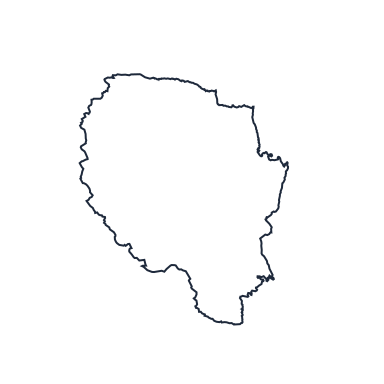 Sanqebethu, Mokhotlong, Lesotho (Equal Earth projection), rotated 154°
{"feature_id": "5366337B9113351497763", "entity_name": "Sanqebethu", "entity_type": "district", "adm_level": 2, "iso_a3": "LSO", "parent_name": "Lesotho", "parent_adm1": "Mokhotlong", "projection": "equal_earth", "projection_center": [29.193, -29.287], "detail": "fine", "context": "isolated", "style": "outline", "palette": "slate", "viewbox_px": 384, "rotation_deg": 154, "n_neighbors": 0, "source": "geoboundaries", "source_scale": "gbopen_adm2", "svg_char_len": 6027}
<svg xmlns="http://www.w3.org/2000/svg" viewBox="0 0 384 384"><g transform="rotate(154 192 192)"><path d="M207.3,330.4L209.4,330.3L211.9,331.7L212.6,331.0L212.3,328.8L212.9,329.0L214.2,330.3L216.1,330.9L217.4,331.8L220.9,331.8L221.4,331.5L221.6,330.3L221.4,328.8L219.5,325.0L220.2,324.0L220.2,323.0L222.2,322.3L223.8,319.7L225.1,320.7L226.4,320.0L227.4,320.5L228.1,319.9L229.5,320.1L230.0,317.7L231.8,316.3L233.5,316.0L239.4,318.9L240.6,318.6L241.9,319.0L242.8,316.7L243.9,315.0L244.5,314.5L246.6,314.5L248.2,313.3L248.5,309.1L249.2,308.2L250.1,308.1L250.7,307.5L251.6,308.8L252.6,309.4L254.7,309.3L254.8,306.3L259.1,305.9L259.0,303.8L259.7,303.0L261.4,302.8L261.2,301.6L263.5,300.8L263.5,298.2L261.4,295.2L262.2,290.8L264.0,286.7L264.4,284.8L265.9,283.1L266.1,282.3L271.7,281.7L272.4,280.9L272.4,278.7L270.8,275.7L270.7,274.3L271.0,268.3L271.4,267.3L273.4,267.7L276.7,267.6L277.7,267.9L280.3,267.2L280.1,262.7L279.5,260.5L281.6,258.6L283.6,256.0L285.4,254.4L285.5,253.2L286.5,252.9L286.3,247.9L285.2,247.2L283.9,245.4L283.2,243.4L282.7,239.9L283.1,237.7L283.8,236.4L282.7,232.6L284.4,231.5L286.5,231.6L288.4,230.3L290.7,230.2L289.6,224.1L288.1,221.1L288.2,218.8L287.8,216.9L288.2,215.6L286.2,215.2L285.7,212.5L284.7,211.4L283.2,210.5L283.3,209.2L281.2,207.7L281.5,206.7L283.5,205.3L283.1,203.9L284.6,202.9L283.8,201.3L284.0,200.2L281.9,196.5L282.2,194.4L279.8,190.0L279.6,186.9L280.3,185.8L281.1,185.5L282.1,183.1L282.2,180.7L281.9,179.0L280.5,176.3L276.9,173.7L275.7,174.0L275.2,172.7L272.3,173.3L271.0,172.8L271.0,168.1L272.2,168.4L273.1,168.1L274.0,167.1L274.5,165.9L273.5,162.2L273.0,159.0L272.5,157.8L270.5,157.0L269.4,153.5L264.6,151.9L265.6,147.3L265.6,146.0L268.6,147.3L269.4,147.3L268.3,146.0L266.4,141.3L263.0,137.7L261.2,136.7L253.8,134.5L251.8,132.5L248.7,133.9L243.6,135.3L242.4,135.3L239.7,133.9L238.8,133.1L238.3,129.5L237.4,127.9L235.6,127.2L234.5,125.5L232.3,123.5L231.6,114.7L232.9,114.3L233.7,113.7L233.6,107.3L234.6,106.5L234.5,105.2L231.9,99.9L232.8,98.0L233.8,97.1L235.4,95.8L237.0,95.6L236.6,94.2L235.6,92.5L236.6,88.9L238.1,87.8L239.1,87.8L239.2,86.1L238.2,85.4L237.3,83.9L238.2,81.2L236.6,80.5L236.1,78.4L234.1,76.3L235.0,75.3L232.4,73.0L232.1,71.9L230.2,69.5L229.1,69.0L228.5,66.5L226.8,64.6L224.4,63.0L222.5,62.9L222.5,61.7L219.8,60.8L218.0,59.7L215.8,57.6L213.8,56.8L212.4,54.5L211.8,54.6L211.4,54.1L206.8,52.2L205.0,52.7L204.3,52.4L203.6,52.9L203.0,54.9L202.4,55.5L202.3,56.4L201.6,57.9L201.6,58.8L200.3,59.3L200.3,60.8L199.6,61.7L200.0,62.1L198.9,63.1L198.7,63.7L198.1,63.7L198.0,64.2L198.5,64.9L197.7,64.9L197.7,65.5L197.2,65.7L196.5,67.0L196.4,68.2L196.0,68.6L196.4,69.7L194.9,72.2L195.4,75.7L194.4,76.7L193.8,76.4L192.1,76.5L187.9,73.3L187.1,73.5L187.0,75.3L185.7,76.6L184.5,75.8L184.2,73.9L183.7,73.4L183.0,74.3L182.4,76.4L181.2,77.0L178.5,75.0L177.0,75.1L176.3,75.6L176.7,77.5L176.4,78.1L175.0,77.9L172.9,78.5L169.9,78.8L168.4,80.7L167.0,80.6L166.5,81.0L166.5,82.2L167.6,82.6L168.5,83.5L168.7,85.5L170.3,85.8L170.5,86.7L170.0,87.5L168.1,86.5L167.1,85.1L164.5,84.9L163.3,80.7L164.0,79.6L163.5,78.9L161.8,79.6L161.9,81.4L161.6,81.7L160.9,81.7L159.9,80.8L159.5,81.0L159.5,82.5L159.0,82.9L158.3,81.2L158.7,79.6L157.5,77.7L156.6,77.9L156.5,79.3L157.4,80.6L157.1,81.3L155.9,82.1L156.0,89.1L155.1,92.6L155.6,94.7L154.9,97.2L155.4,102.6L156.4,104.9L156.4,106.3L154.7,109.4L153.3,113.3L152.0,115.4L151.4,117.3L151.1,120.3L144.8,121.6L143.2,120.3L141.1,120.3L139.0,121.4L138.4,120.9L137.1,124.1L135.8,125.4L136.4,129.6L137.9,134.0L137.9,135.2L136.5,135.4L136.2,135.9L136.3,136.4L135.9,136.7L135.0,136.1L131.2,136.7L129.9,137.4L129.4,138.5L127.2,138.7L126.5,137.9L125.1,137.7L121.7,139.4L120.5,140.8L120.2,142.1L117.8,145.1L117.4,146.6L114.7,150.0L114.1,151.3L112.4,152.7L112.0,153.8L109.4,156.2L107.0,160.2L105.8,160.5L103.4,162.3L103.0,162.7L102.7,164.2L100.8,165.4L100.0,167.0L99.4,167.3L98.8,169.1L97.8,169.8L97.1,169.8L95.4,171.2L94.6,172.6L94.8,174.3L93.3,176.2L93.4,177.7L94.0,176.3L95.9,176.5L96.8,175.2L98.0,174.5L98.4,175.7L98.1,177.0L98.7,180.6L98.0,183.7L98.3,185.1L98.9,185.7L99.5,185.6L100.0,185.0L100.1,183.8L100.4,183.6L103.9,184.4L106.1,185.9L107.4,186.0L108.4,187.4L108.1,190.4L106.9,190.8L105.5,189.9L105.1,189.2L104.1,189.5L103.9,190.8L104.5,191.5L105.8,191.6L106.2,191.0L107.1,191.6L107.5,192.5L107.6,195.1L108.0,195.5L109.7,195.0L110.1,195.6L111.3,195.7L112.6,195.1L112.7,194.3L113.1,193.8L113.7,193.6L114.3,193.9L114.9,195.1L115.5,199.2L115.0,199.9L114.2,199.2L113.4,199.7L114.3,201.6L113.2,202.3L112.8,201.8L112.3,202.0L111.2,203.5L111.3,204.2L110.5,204.9L110.4,207.1L110.1,207.1L109.9,208.0L109.8,207.7L109.7,209.0L109.3,209.1L108.8,210.5L108.5,211.5L108.7,212.2L107.3,216.4L107.5,217.5L106.8,218.8L106.8,220.5L106.2,221.8L105.9,225.4L106.3,226.6L106.2,227.6L105.0,232.9L103.4,234.7L103.0,236.0L101.7,237.8L101.0,239.6L100.3,240.0L99.3,241.7L100.0,242.0L100.9,241.4L102.0,241.5L104.0,243.9L104.4,244.0L104.6,244.7L105.7,245.1L106.6,246.2L107.0,247.2L110.4,246.9L112.0,248.5L113.3,248.1L114.8,248.4L116.6,250.2L117.1,252.0L117.7,252.1L118.1,251.4L119.5,250.9L121.6,252.3L121.9,253.0L123.2,253.7L124.2,255.0L126.0,255.8L126.3,256.8L129.6,258.2L129.8,259.2L130.3,259.5L130.3,260.8L128.7,264.5L128.0,269.4L126.5,271.3L126.1,272.9L128.0,272.7L128.2,273.2L130.0,274.6L130.7,274.5L131.8,275.0L132.3,274.7L133.1,275.3L133.5,276.2L134.0,276.1L134.3,276.7L135.4,276.7L135.3,277.4L135.6,278.0L136.0,278.2L135.8,279.0L136.8,279.4L137.8,280.5L138.5,281.9L138.4,282.8L139.3,283.6L139.5,284.8L140.5,286.6L142.3,288.2L143.2,289.7L144.7,290.5L145.1,291.3L146.0,291.7L147.1,293.5L150.3,294.2L150.7,295.6L152.0,296.6L152.6,296.3L152.7,296.7L153.6,296.9L154.8,299.3L156.5,300.7L158.0,300.5L158.2,301.1L159.6,302.0L159.6,302.4L160.7,302.9L161.7,302.8L164.0,304.7L165.6,305.1L167.1,306.3L168.4,306.6L169.7,307.4L170.1,307.1L172.0,308.1L172.5,307.7L172.6,308.2L173.8,308.4L175.0,310.1L175.8,310.3L175.9,310.9L176.3,311.0L176.7,311.7L180.1,312.3L183.9,315.7L186.6,320.1L187.4,320.8L195.3,324.4L197.2,324.4L200.5,326.7L204.1,328.2L207.3,330.4Z" fill="none" stroke="#1e293b" stroke-width="2"/></g></svg>